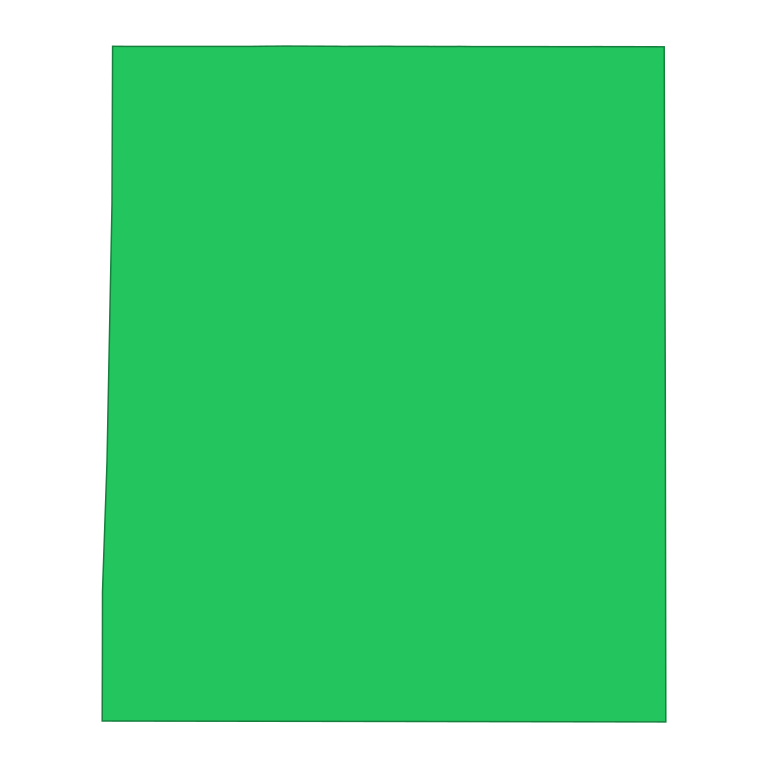 outline of Perkins, South Dakota, United States of America
{"feature_id": "52423323B24972469519147", "entity_name": "Perkins", "entity_type": "district", "adm_level": 2, "iso_a3": "USA", "parent_name": "United States of America", "parent_adm1": "South Dakota", "projection": "natural_earth1", "projection_center": [-102.448, 45.492], "detail": "fine", "context": "isolated", "style": "filled", "palette": "green", "viewbox_px": 768, "rotation_deg": 0, "n_neighbors": 0, "source": "geoboundaries", "source_scale": "gbopen_adm2", "svg_char_len": 667}
<svg xmlns="http://www.w3.org/2000/svg" viewBox="0 0 768 768"><path d="M112.6,46.3L112.0,204.3L107.0,462.4L102.5,591.7L102.4,656.3L102.2,721.0L665.8,721.9L665.3,398.2L664.2,46.8L628.9,46.7L614.7,46.7L613.3,46.7L591.5,46.6L591.1,46.7L585.3,46.7L579.4,46.7L572.9,46.7L572.0,46.7L571.1,46.7L561.0,46.7L560.9,46.7L536.9,46.6L472.2,46.6L457.5,46.4L457.0,46.5L434.5,46.5L434.4,46.4L432.3,46.5L431.0,46.5L426.6,46.4L424.1,46.4L418.4,46.4L415.3,46.4L403.0,46.4L395.3,46.4L390.6,46.3L385.6,46.3L341.7,46.4L337.3,46.3L288.1,46.1L282.8,46.1L273.9,46.2L270.5,46.2L269.6,46.2L251.6,46.4L148.8,46.4L125.2,46.4L112.6,46.3Z" fill="#22c55e" stroke="#15803d" stroke-width="1.5"/></svg>